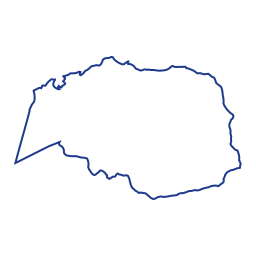 the district of Alego Usonga, Nyanza, Kenya
{"feature_id": "3690345B57306569752992", "entity_name": "Alego Usonga", "entity_type": "district", "adm_level": 2, "iso_a3": "KEN", "parent_name": "Kenya", "parent_adm1": "Nyanza", "projection": "albers", "projection_center": [34.222, 0.062], "detail": "fine", "context": "isolated", "style": "outline", "palette": "blue", "viewbox_px": 256, "rotation_deg": 0, "n_neighbors": 0, "source": "geoboundaries", "source_scale": "gbopen_adm2", "svg_char_len": 5318}
<svg xmlns="http://www.w3.org/2000/svg" viewBox="0 0 256 256"><path d="M128.9,60.8L127.8,61.7L126.2,62.5L125.3,63.1L124.4,64.0L123.8,64.1L123.0,64.4L121.6,64.1L120.3,63.5L119.7,63.3L119.1,63.0L117.3,61.9L116.0,60.9L115.3,60.5L114.4,59.5L113.9,58.9L113.5,58.4L112.8,57.2L112.1,57.1L111.4,56.9L110.2,57.5L109.7,57.7L109.0,57.9L107.5,58.1L105.8,58.1L105.1,58.3L103.9,59.0L103.4,59.3L102.8,59.7L102.4,61.3L102.2,61.9L101.1,63.8L100.8,64.4L100.2,64.9L99.0,65.6L97.7,65.4L97.1,65.2L96.5,65.2L95.2,65.4L94.5,65.6L93.8,65.8L91.8,66.1L90.4,67.2L88.9,68.7L87.2,70.0L85.2,70.9L84.7,71.4L84.1,72.5L83.7,73.0L83.1,73.5L82.0,74.4L80.9,75.2L80.4,74.9L79.9,74.7L79.8,73.5L80.5,72.1L79.8,71.9L79.3,71.7L77.8,72.3L77.3,72.5L76.8,72.7L75.4,73.1L73.3,73.3L72.8,73.3L72.0,73.4L70.6,73.3L69.9,73.7L68.8,74.5L68.1,74.9L67.2,75.2L65.7,75.7L64.9,75.9L63.4,76.2L63.6,76.8L63.9,77.2L65.0,77.9L64.9,78.7L64.7,79.6L63.4,80.8L63.1,81.3L64.5,82.6L64.9,83.1L65.2,83.7L64.2,84.8L62.8,85.6L62.0,86.2L61.5,87.4L60.9,87.2L60.2,87.0L58.8,85.9L58.5,86.3L58.1,86.9L58.7,88.0L59.4,89.1L57.8,89.1L57.4,88.8L56.7,88.4L55.2,87.7L53.6,86.0L53.3,84.9L53.3,83.7L53.6,82.6L53.9,81.7L54.3,80.8L54.9,80.1L54.9,79.5L54.2,79.6L53.7,79.5L52.8,79.4L52.1,79.3L51.3,79.3L50.2,80.2L48.5,81.7L47.3,83.0L46.9,83.6L45.8,85.1L45.5,85.7L44.2,85.6L43.2,85.5L42.6,85.6L42.1,85.9L41.9,86.7L41.8,87.3L41.3,88.2L40.5,87.9L39.6,87.9L38.2,88.3L37.5,88.7L36.8,89.1L36.2,89.4L35.5,89.7L35.0,89.8L33.6,90.7L33.7,91.4L34.0,92.3L34.3,93.3L34.4,94.1L34.5,95.0L34.6,96.5L34.6,97.2L34.6,98.1L34.6,99.6L34.5,100.2L34.2,101.2L34.0,101.8L33.5,102.5L31.5,105.2L31.3,106.1L30.9,106.8L30.1,108.3L29.7,109.2L29.5,110.0L29.7,110.5L27.0,120.7L18.9,149.9L15.4,163.0L17.9,161.8L35.6,152.9L49.0,146.2L59.6,142.0L58.9,143.5L59.3,144.9L59.8,145.2L60.4,145.6L61.9,146.6L62.5,147.2L63.0,147.9L63.6,149.2L63.8,149.8L63.9,150.4L63.9,151.9L64.0,152.5L64.2,153.3L65.3,154.5L66.8,155.5L68.8,155.8L70.9,156.1L71.6,156.2L72.2,156.2L73.7,156.2L75.6,156.2L77.5,156.5L78.4,156.7L79.1,157.0L81.1,157.5L83.1,157.7L84.1,157.7L85.0,157.9L87.0,158.5L87.5,159.4L88.1,161.1L88.5,163.3L88.5,164.1L88.5,164.9L88.2,167.0L89.1,169.5L90.0,170.6L91.1,172.4L92.3,173.9L93.6,174.8L94.4,175.1L95.7,174.5L97.2,173.2L97.8,172.8L98.3,172.5L99.5,171.2L100.0,170.6L101.3,170.5L101.9,170.7L102.5,171.0L103.6,171.7L104.2,172.2L105.2,173.1L105.6,173.7L105.8,174.4L106.9,174.9L107.1,175.4L107.2,176.0L106.9,177.1L107.3,177.5L107.7,177.9L108.8,178.4L109.3,178.9L110.7,178.2L111.3,177.7L112.9,176.7L113.4,176.7L115.0,176.6L115.8,175.5L116.2,174.8L116.6,174.3L117.7,173.5L119.1,174.4L120.7,174.7L122.3,175.2L122.9,175.5L124.9,175.5L126.7,175.3L128.0,175.9L128.5,177.1L128.8,177.6L129.1,178.2L129.5,179.5L129.6,180.1L130.0,181.7L130.4,183.2L130.5,183.7L130.6,184.4L131.3,186.0L131.6,186.4L132.1,187.6L133.4,188.7L135.3,190.6L135.8,190.9L136.8,191.4L137.4,191.7L137.8,192.1L139.0,193.0L139.5,192.9L141.0,192.5L142.3,192.9L143.1,193.0L145.6,193.4L146.2,193.8L147.4,194.9L148.1,195.5L148.8,196.0L150.1,197.3L150.8,197.8L151.5,198.2L153.3,199.1L153.9,198.9L155.3,198.5L155.9,198.3L157.0,197.5L157.7,197.2L159.1,196.8L160.6,196.5L162.0,196.7L164.5,196.9L166.9,196.6L169.2,196.2L170.8,195.9L171.6,195.7L172.7,195.6L173.8,195.5L174.8,195.4L176.5,195.1L177.3,194.9L178.3,194.0L179.7,193.6L180.4,193.3L181.0,193.1L182.5,193.1L183.3,193.1L185.0,192.5L185.7,192.3L186.2,192.2L187.5,191.6L189.1,191.1L189.7,191.0L190.4,191.0L192.1,190.8L192.8,190.6L193.4,190.4L194.8,190.2L195.4,190.1L196.0,190.2L197.0,190.5L198.5,190.2L199.3,190.1L200.0,189.8L201.4,189.2L202.6,188.8L203.6,188.4L205.1,188.1L206.1,187.7L207.6,187.5L209.2,187.0L210.3,186.4L210.8,186.2L211.3,186.1L212.8,185.8L213.4,185.8L213.9,185.7L215.1,185.6L215.9,185.6L216.8,185.7L218.2,186.2L219.9,185.0L220.6,184.4L221.1,184.0L222.8,182.8L223.5,182.1L223.8,180.6L223.5,178.9L224.5,177.2L225.2,174.8L227.0,172.4L229.1,171.1L231.0,170.2L233.1,169.9L234.9,169.1L237.2,168.3L239.9,167.8L240.2,165.9L240.6,163.8L240.1,162.2L239.1,160.3L239.3,157.6L239.0,155.4L238.9,154.8L238.3,153.0L237.5,150.5L236.8,150.3L235.3,149.8L233.9,148.4L232.3,146.7L231.2,145.5L230.8,144.9L230.5,143.9L230.8,142.9L231.2,141.4L231.2,140.7L231.0,138.9L231.2,136.3L230.4,133.4L230.6,131.3L230.4,129.5L229.6,127.6L229.3,125.7L229.5,123.8L230.2,122.2L230.7,120.8L231.0,120.0L231.3,119.6L232.9,118.1L233.5,115.9L232.5,114.3L231.1,113.5L230.6,113.2L229.8,112.5L229.1,111.7L228.1,110.7L227.3,109.9L226.5,108.9L225.3,107.1L224.2,105.3L223.5,103.5L223.6,101.6L223.5,99.6L223.3,97.6L222.8,95.6L222.6,93.2L222.2,90.4L221.6,88.4L221.2,87.1L220.1,86.1L219.3,85.4L218.2,84.7L216.1,82.8L215.6,81.1L215.1,79.6L214.2,77.8L213.8,77.5L211.6,76.6L209.8,74.9L208.3,73.8L207.5,73.9L206.5,74.0L203.9,74.3L200.7,73.3L200.1,73.2L197.2,73.3L195.1,71.7L193.8,70.8L192.1,70.0L189.9,69.1L188.2,68.4L187.6,68.3L186.4,68.2L185.4,66.8L183.6,66.8L181.5,67.0L180.0,66.8L179.5,66.8L178.6,66.9L176.9,67.0L174.6,66.9L173.9,66.5L172.4,65.9L171.0,66.8L169.1,68.4L167.3,69.5L165.1,70.2L163.0,70.4L161.1,70.6L159.0,70.7L158.3,70.7L157.5,70.5L155.8,70.3L153.5,70.0L150.6,70.0L148.3,69.5L146.9,69.9L145.4,69.4L144.7,69.4L143.8,69.6L142.0,70.3L140.3,70.5L139.1,70.0L138.5,69.7L137.9,69.4L136.2,68.9L134.8,67.4L134.5,66.9L133.6,65.8L133.0,65.5L131.3,64.5L130.8,64.3L129.6,63.9L128.2,64.0L128.0,63.5L127.4,62.7L128.9,60.8Z" fill="none" stroke="#1e3a8a" stroke-width="2"/></svg>